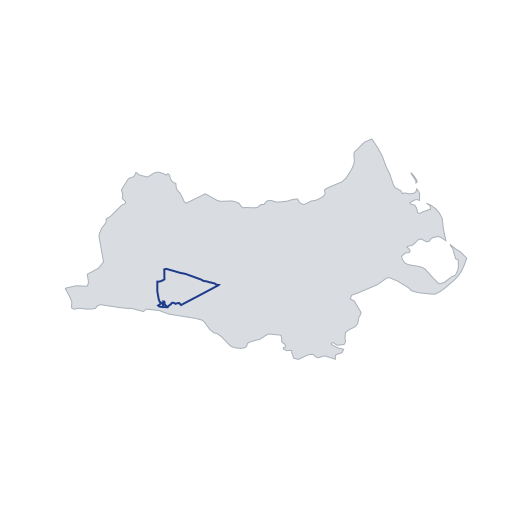 location of Carjew, Chardzhou, Turkmenistan, rotated 154°
{"feature_id": "10190150B55240389541589", "entity_name": "Carjew", "entity_type": "district", "adm_level": 2, "iso_a3": "TKM", "parent_name": "Turkmenistan", "parent_adm1": "Chardzhou", "projection": "natural_earth1", "projection_center": [63.051, 38.709], "detail": "fine", "context": "in_parent", "style": "outline", "palette": "blue", "viewbox_px": 512, "rotation_deg": 154, "n_neighbors": 0, "source": "geoboundaries", "source_scale": "gbopen_adm2", "svg_char_len": 4937}
<svg xmlns="http://www.w3.org/2000/svg" viewBox="0 0 512 512"><g transform="rotate(154 256 256)"><path d="M159.7,177.0L180.8,178.1L187.3,178.9L190.0,176.0L189.9,175.3L189.0,174.7L187.4,172.7L186.3,159.1L188.2,157.2L190.4,155.8L193.5,151.5L195.2,150.2L197.6,149.1L205.7,148.8L209.1,148.0L212.1,143.1L212.7,140.3L215.0,138.1L216.2,138.1L221.6,140.0L222.8,141.0L224.6,144.6L226.6,144.3L226.9,143.7L226.7,143.0L225.2,140.8L221.9,136.7L218.6,134.2L218.3,133.4L221.2,131.4L226.9,132.2L228.4,131.6L229.9,128.4L237.4,135.6L238.8,136.3L244.9,137.3L245.9,138.3L247.9,142.4L249.9,143.5L252.5,144.3L263.3,144.5L266.6,147.3L267.1,148.0L266.5,149.9L266.2,153.7L265.4,155.2L265.9,155.8L269.7,157.4L271.9,159.8L272.2,160.9L271.5,161.6L269.7,161.2L268.8,162.3L268.8,164.3L270.1,166.2L270.4,167.9L268.5,171.8L268.5,173.4L269.1,174.4L278.7,180.3L280.3,180.5L289.7,179.4L291.5,180.1L299.7,181.4L302.0,181.2L303.6,179.3L305.0,178.6L306.5,178.5L310.4,179.7L314.5,182.3L317.2,184.6L318.6,186.7L322.3,198.3L324.8,203.1L327.7,205.6L329.7,210.1L331.5,220.0L332.6,222.0L337.1,226.0L360.0,242.1L366.9,249.4L377.7,256.3L381.6,255.5L390.1,262.9L395.4,265.8L402.3,270.2L416.9,280.3L420.0,280.8L423.4,279.3L426.5,280.2L432.0,282.8L437.9,286.6L442.9,288.0L444.3,289.7L444.4,290.6L441.6,295.6L441.3,301.8L441.7,310.3L440.4,310.4L430.5,308.0L421.2,302.9L419.0,304.5L417.9,306.3L415.6,313.6L403.0,314.0L395.6,317.6L388.9,341.3L387.5,344.2L383.3,348.1L376.1,351.9L375.0,353.4L374.8,354.8L373.9,355.3L369.9,355.3L354.6,360.5L351.3,360.5L350.0,360.9L349.4,361.8L351.0,366.5L349.7,367.9L348.7,370.2L348.0,374.4L337.9,380.8L335.8,381.5L331.8,380.9L329.7,381.6L327.5,383.6L326.5,383.0L326.0,381.0L325.0,379.6L318.7,374.4L311.5,375.3L308.8,374.8L306.7,374.0L303.4,371.0L301.3,368.2L299.1,368.5L298.5,367.2L298.4,365.6L299.0,363.7L298.9,360.1L297.6,357.6L296.2,356.5L297.8,352.3L297.8,349.3L296.8,345.9L296.5,341.1L296.8,336.4L295.4,334.0L274.3,334.2L266.8,323.3L263.8,320.6L253.4,316.0L250.5,313.5L248.1,310.8L247.6,307.0L246.4,304.8L244.8,304.5L236.6,300.1L233.4,299.0L228.9,300.1L226.2,298.8L223.1,300.5L221.8,300.6L218.4,299.6L214.3,295.7L210.9,294.1L203.6,291.5L198.5,290.8L194.1,289.3L193.6,288.7L193.5,285.4L192.9,284.0L191.7,282.3L189.9,281.1L182.2,281.2L178.6,280.0L175.8,279.7L169.6,280.0L167.6,280.9L166.4,281.9L165.6,285.2L164.9,285.7L159.0,285.8L146.3,285.0L140.9,286.6L132.5,291.6L127.7,295.8L126.2,297.7L123.2,305.1L122.0,306.2L120.3,307.0L118.7,307.2L111.0,310.1L108.1,310.8L100.6,310.4L99.1,299.5L98.7,290.8L99.9,278.8L99.8,271.1L101.4,259.3L101.0,256.5L97.3,251.3L96.9,247.7L94.6,247.5L90.8,244.5L87.1,243.3L85.3,243.3L83.5,244.1L82.2,245.9L81.5,243.1L81.6,240.3L84.7,234.3L86.5,236.1L88.8,236.8L94.5,236.4L94.0,234.4L91.2,232.3L90.7,229.6L91.0,226.9L91.8,224.3L91.0,223.2L89.7,222.5L86.6,222.6L78.5,221.6L77.5,224.7L79.6,228.8L76.1,224.2L73.7,219.4L72.3,213.9L72.2,207.9L75.7,198.3L78.6,186.5L81.5,191.4L83.7,193.6L88.7,195.0L91.1,194.7L93.7,193.4L96.3,193.8L100.1,198.9L102.9,199.5L108.8,197.5L111.6,197.1L113.9,198.0L116.5,198.0L115.4,195.6L115.1,193.3L116.6,192.0L121.1,193.3L124.8,192.0L125.5,191.4L125.9,189.4L125.5,185.4L124.7,183.6L122.7,181.3L114.7,175.6L112.0,173.3L109.8,170.4L106.5,158.7L103.9,151.3L102.8,150.4L98.0,149.8L89.0,151.6L85.8,151.2L84.3,152.0L80.5,155.1L78.7,157.8L76.0,163.9L77.8,165.9L76.0,176.3L76.7,180.7L76.3,181.0L73.8,175.5L70.4,170.0L67.6,161.7L73.2,156.2L78.0,152.3L83.0,149.4L88.2,147.5L99.8,144.4L106.3,143.3L111.4,143.1L115.3,145.0L125.9,151.7L130.4,155.5L131.7,157.0L132.9,160.7L140.4,172.4L142.3,174.1L145.2,177.8L148.1,178.9L159.7,177.0ZM80.4,261.4L80.1,263.0L78.8,258.2L78.3,253.0L79.3,251.5L80.3,251.6L79.3,253.5L80.4,261.4Z" fill="#d9dde1" stroke="#a8b0b8" stroke-width="1"/><path d="M329.4,272.5L331.7,274.2L334.4,276.7L335.6,277.8L342.2,283.7L344.3,284.2L344.9,282.9L345.6,281.3L345.7,281.2L348.6,275.1L348.8,275.1L352.0,275.0L353.6,275.3L354.2,275.5L354.9,275.7L355.4,275.9L355.9,276.2L360.2,267.5L361.8,261.8L362.4,259.7L362.6,258.1L362.6,257.4L362.6,256.9L361.8,255.8L363.2,254.8L363.8,254.7L365.7,254.4L365.3,253.6L365.0,253.0L364.9,252.9L363.9,252.1L362.4,251.1L362.2,251.2L362.1,251.3L361.6,251.9L361.2,252.4L361.1,252.5L361.1,252.9L361.1,253.2L361.1,253.3L360.9,253.9L360.9,254.0L359.7,254.7L359.3,255.4L359.2,255.7L358.7,255.2L358.4,255.1L358.5,254.7L358.6,254.4L358.8,254.0L359.1,253.6L359.1,253.4L359.1,252.8L359.1,251.3L358.7,250.9L358.6,250.6L359.4,250.3L359.5,250.3L360.3,250.0L357.9,248.7L356.8,249.3L356.7,249.3L355.5,249.7L355.0,249.7L353.5,250.0L353.0,250.4L352.7,250.6L352.3,250.6L351.9,250.6L351.7,250.6L350.5,250.0L349.8,249.1L349.3,248.3L347.9,248.1L346.5,247.7L345.8,247.6L345.4,246.7L345.1,245.5L344.9,244.8L322.5,245.5L302.5,246.2L302.2,246.3L303.0,246.8L304.3,247.7L304.8,248.7L305.1,249.3L306.6,250.6L307.3,251.2L308.5,252.3L309.0,252.4L310.2,253.6L311.0,254.4L312.1,255.2L312.7,255.6L314.6,257.1L315.4,258.6L327.3,270.9L329.4,272.5Z" fill="none" stroke="#1e3a8a" stroke-width="2"/></g></svg>